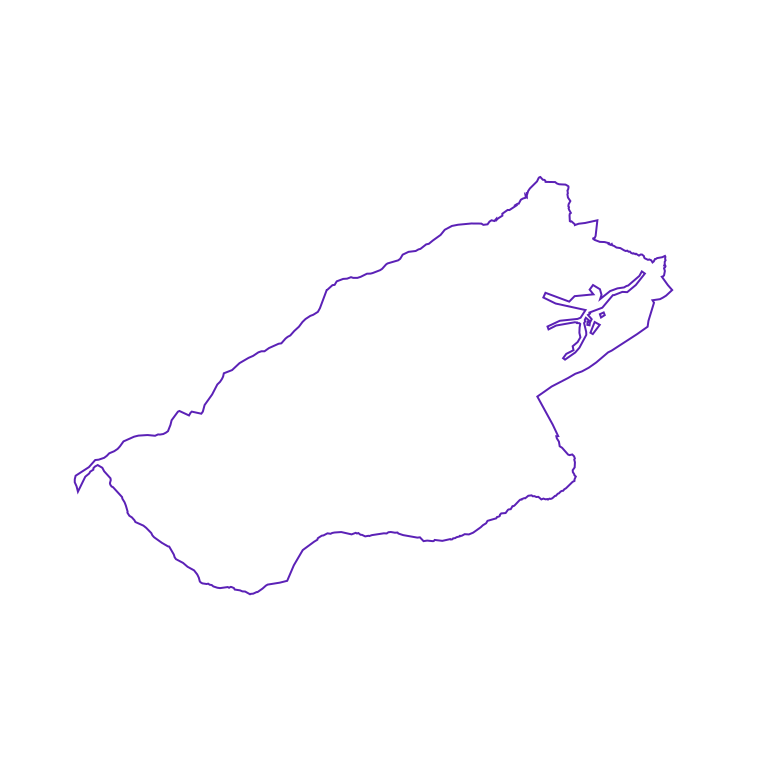 outline of Capalnita, Harghita, Romania, rotated 212°
{"feature_id": "2599482B88732151149022", "entity_name": "Capalnita", "entity_type": "district", "adm_level": 2, "iso_a3": "ROU", "parent_name": "Romania", "parent_adm1": "Harghita", "projection": "albers", "projection_center": [25.497, 46.388], "detail": "fine", "context": "isolated", "style": "outline", "palette": "violet", "viewbox_px": 768, "rotation_deg": 212, "n_neighbors": 0, "source": "geoboundaries", "source_scale": "gbopen_adm2", "svg_char_len": 6170}
<svg xmlns="http://www.w3.org/2000/svg" viewBox="0 0 768 768"><g transform="rotate(212 384 384)"><path d="M322.9,637.9L326.8,639.6L329.0,642.1L329.1,643.1L331.0,645.4L330.9,646.3L331.6,648.3L332.3,649.3L332.9,649.4L335.7,649.3L341.3,646.2L343.5,645.7L345.9,645.9L354.1,641.0L355.0,641.9L356.1,642.1L357.6,641.4L361.1,642.4L361.8,641.6L362.0,640.4L361.6,636.9L363.9,627.1L364.0,624.0L363.3,621.4L364.7,622.3L362.1,618.5L364.1,619.1L362.4,617.2L364.4,615.0L365.6,612.8L365.3,608.3L366.3,607.6L367.4,605.3L366.4,605.4L369.8,598.0L371.4,597.1L373.9,591.1L372.8,589.5L375.0,584.9L375.5,582.7L376.3,583.7L376.8,580.7L379.6,579.8L380.6,577.6L380.8,574.3L384.1,571.6L386.5,571.6L395.0,566.4L405.6,558.3L410.2,554.0L414.2,547.0L415.0,540.4L418.6,531.6L420.3,526.6L422.2,524.8L424.7,517.9L426.1,516.4L427.6,513.6L433.2,509.1L436.7,503.6L436.6,498.8L437.5,496.4L444.9,488.1L445.6,486.5L446.6,480.7L447.6,478.5L452.4,472.1L453.9,470.5L456.9,468.5L460.6,462.5L462.8,459.9L466.3,457.7L468.6,457.1L471.1,453.8L474.3,451.5L478.5,446.0L478.4,441.9L480.1,440.5L482.0,433.8L482.4,433.4L478.5,414.3L478.3,410.1L480.7,405.2L482.6,402.7L485.0,397.5L486.0,393.4L486.5,387.5L488.2,381.4L489.2,375.5L490.7,372.9L491.6,370.3L492.6,364.1L494.7,362.3L500.6,353.5L502.7,348.4L505.3,346.8L507.3,344.3L509.9,338.5L512.7,334.4L517.6,325.1L520.2,315.3L525.5,308.2L524.4,305.1L524.1,302.5L524.2,298.9L525.1,295.3L524.2,284.0L525.0,271.1L523.0,264.6L523.2,262.0L532.4,258.7L532.8,257.1L532.7,254.0L543.2,252.7L544.1,251.3L544.9,240.7L543.4,236.1L542.2,229.5L543.2,227.1L544.7,224.6L547.2,222.4L548.9,221.5L550.7,218.8L557.5,215.4L564.9,210.1L568.0,206.9L574.5,197.3L574.9,191.1L575.5,187.8L577.2,184.0L580.3,179.6L581.0,176.2L582.2,173.1L585.9,168.6L588.6,166.5L590.2,157.1L596.9,142.8L595.8,139.4L594.2,136.8L590.5,134.3L586.5,130.5L588.2,147.1L586.6,151.9L586.7,154.0L585.1,157.3L585.8,158.6L585.4,160.7L583.9,163.5L578.5,163.7L575.1,161.7L566.0,159.1L564.8,157.7L563.9,154.7L562.8,153.6L560.7,152.7L559.1,152.9L546.2,149.3L545.1,148.1L541.3,146.2L538.5,144.1L533.8,139.9L533.4,138.9L530.1,137.3L527.2,137.3L523.4,136.2L521.7,135.2L513.0,136.4L509.5,136.0L502.4,134.3L500.2,132.9L497.8,132.2L488.1,131.6L481.3,131.8L480.0,132.3L471.9,128.0L469.7,126.1L467.5,125.2L459.6,125.8L453.7,124.9L446.3,125.3L441.4,123.5L438.4,121.6L435.5,118.9L434.0,118.6L432.3,118.7L428.4,120.4L427.3,121.5L425.5,121.4L423.6,122.2L421.5,121.9L417.4,122.9L414.9,124.0L408.9,129.0L407.4,129.1L406.6,130.6L405.8,131.0L403.2,131.4L401.7,130.6L396.7,132.7L394.2,133.1L391.8,134.4L386.2,134.7L385.8,135.4L383.8,136.9L381.8,140.0L381.0,140.5L378.6,146.1L377.3,150.5L376.4,152.2L367.0,160.4L361.8,165.8L364.4,182.5L364.9,200.1L359.7,213.2L358.0,216.6L358.4,218.1L357.7,219.7L356.4,222.4L355.1,223.5L352.8,227.4L349.9,228.7L349.0,230.2L347.3,231.8L341.8,235.8L331.8,239.3L329.1,242.8L327.7,242.9L326.8,244.0L324.1,243.7L322.7,244.4L319.2,244.8L316.8,247.0L315.9,247.3L314.2,249.4L305.0,257.3L302.5,258.7L301.7,260.6L299.8,262.1L295.9,263.7L293.8,265.2L292.6,264.8L287.7,266.0L274.3,271.4L272.3,273.0L267.2,271.7L264.4,274.1L259.1,276.7L258.5,277.5L258.4,278.6L251.4,281.9L245.6,287.6L244.9,287.5L243.7,288.6L243.6,289.7L241.9,291.1L241.4,292.4L239.0,294.9L239.2,295.4L237.7,296.4L236.0,299.4L232.3,301.4L229.6,305.2L226.0,313.9L225.3,316.6L223.6,320.0L223.7,322.8L217.6,329.6L217.7,331.0L216.3,332.5L215.9,333.6L216.4,334.6L216.0,336.4L212.5,339.0L212.2,342.9L211.9,343.6L210.2,345.0L210.3,348.5L209.4,349.1L208.9,350.3L207.5,357.1L207.1,358.2L206.0,358.9L206.1,359.5L204.5,361.6L203.7,361.9L202.4,365.7L199.8,367.8L198.4,367.6L197.0,368.6L194.9,368.9L193.3,370.1L189.4,369.5L188.1,371.3L185.9,371.8L184.5,373.0L183.7,372.9L183.0,374.4L181.7,374.9L180.7,376.3L179.7,379.7L179.0,380.2L178.5,383.0L177.7,384.0L177.2,386.4L176.5,387.6L175.5,388.4L175.3,390.3L174.4,392.0L172.2,401.0L171.1,402.7L171.9,404.1L172.3,407.2L174.1,407.5L174.7,408.2L177.2,409.4L178.3,410.9L178.1,414.3L180.6,418.8L182.6,420.7L182.7,422.0L184.5,423.4L187.0,424.0L189.0,422.0L190.5,421.7L199.2,424.3L202.0,424.3L205.1,427.8L208.6,429.5L210.2,431.0L208.7,432.1L219.3,438.9L247.3,454.6L240.5,470.7L231.1,486.6L227.2,494.0L222.8,499.6L219.0,506.3L215.4,514.8L210.7,529.6L208.6,533.0L205.2,540.3L195.8,560.4L190.8,572.3L193.2,577.7L198.1,596.0L200.7,597.3L194.9,602.2L193.2,605.1L191.6,608.4L189.4,616.4L195.7,618.3L205.2,622.2L204.3,623.4L204.1,624.6L205.7,628.7L207.9,630.6L207.5,632.0L207.7,633.1L208.4,633.6L209.2,633.1L209.4,634.3L210.7,636.4L210.8,638.2L211.8,638.9L212.8,641.0L213.6,641.5L215.2,639.0L219.1,635.5L219.6,634.3L220.4,633.6L220.2,630.9L220.7,629.4L222.9,630.5L225.0,630.2L225.9,629.2L229.4,628.8L230.2,629.0L231.4,630.2L233.8,630.5L235.0,629.8L235.8,628.0L239.3,628.0L239.5,627.4L241.8,627.0L242.0,626.5L243.8,626.1L245.6,626.6L246.7,625.8L248.4,626.0L249.4,624.9L251.2,624.6L255.6,624.5L259.2,622.9L261.9,623.0L263.9,622.6L265.0,623.4L265.3,622.2L265.8,621.9L267.8,622.6L268.0,621.8L268.9,622.3L272.1,621.3L276.3,618.9L281.8,617.8L283.6,618.0L283.7,618.6L282.7,619.2L283.0,621.7L289.8,635.9L298.8,627.1L303.8,623.1L306.3,620.0L306.6,620.5L311.2,621.3L311.8,620.6L312.7,620.6L316.0,625.3L316.6,626.7L316.2,628.1L319.3,629.8L320.6,630.9L320.8,632.0L321.9,632.5L322.7,634.3L322.9,637.9ZM249.4,538.9L250.5,539.1L252.5,538.0L252.8,538.5L255.0,537.4L269.0,524.8L273.4,517.5L275.8,519.4L268.4,530.8L254.3,541.8L252.4,544.4L252.3,553.5L281.1,543.2L294.7,541.8L295.4,546.9L270.6,552.0L268.9,559.5L253.9,571.0L259.6,573.0L259.2,578.7L251.1,578.8L246.8,574.9L245.7,570.6L241.5,582.6L236.7,588.8L231.6,593.1L230.3,595.6L229.1,596.9L224.7,611.0L225.0,616.1L221.3,615.9L222.9,601.4L226.4,590.8L230.7,588.4L235.9,581.4L237.0,580.6L239.3,564.4L247.6,553.5L246.6,552.9L247.6,550.7L242.2,549.0L242.0,546.3L247.9,547.1L247.7,544.7L246.6,543.6L246.6,541.7L240.2,535.4L238.5,532.9L237.5,518.4L238.5,512.1L243.4,500.6L245.8,500.8L245.4,506.1L241.2,513.1L244.0,516.0L242.0,522.2L242.2,527.7L245.4,530.9L248.1,535.6L249.4,538.9ZM238.2,548.2L232.4,548.5L233.4,537.0L236.1,536.9L238.2,548.2ZM237.9,557.6L235.6,561.1L233.3,559.4L235.2,555.4L237.9,557.6ZM244.4,544.6L241.9,545.1L240.8,542.7L242.9,541.9L244.4,544.6Z" fill="none" stroke="#5b21b6" stroke-width="2"/></g></svg>